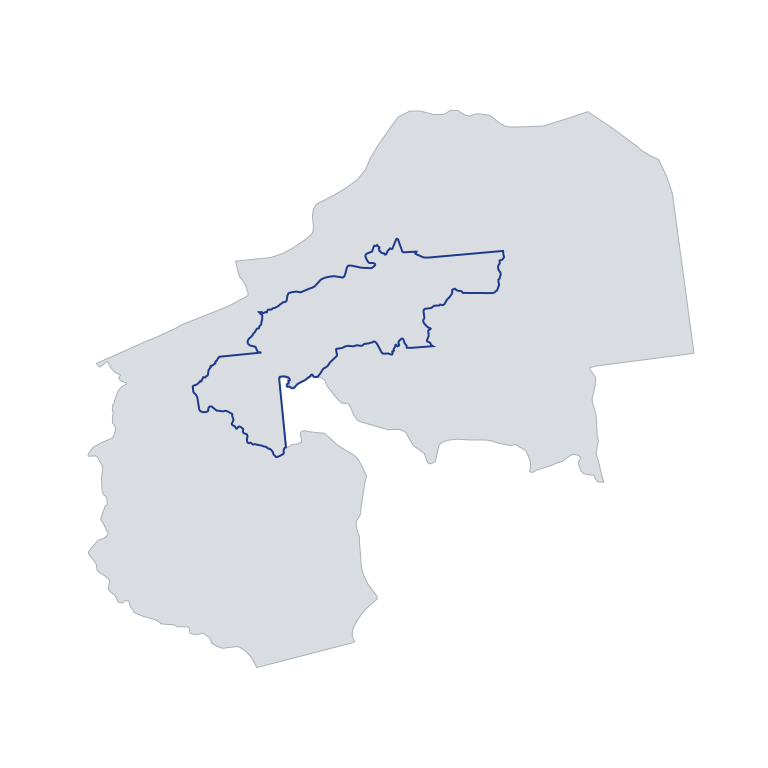 where Central sits in Zambia, rotated 174°
{"feature_id": "ZMB-516", "entity_name": "Central", "entity_type": "Province", "adm_level": 1, "iso_a3": "ZMB", "parent_name": "Zambia", "parent_adm1": "", "projection": "orthographic", "projection_center": [28.771, -13.872], "detail": "fine", "context": "in_parent", "style": "outline", "palette": "blue", "viewbox_px": 768, "rotation_deg": 174, "n_neighbors": 0, "source": "natural_earth", "source_scale": "10m", "svg_char_len": 9798}
<svg xmlns="http://www.w3.org/2000/svg" viewBox="0 0 768 768"><g transform="rotate(174 384 384)"><path d="M518.7,521.7L483.6,521.6L470.9,524.4L460.4,528.7L447.9,535.5L440.6,540.2L438.7,542.8L437.7,548.6L437.7,557.6L436.4,564.0L432.6,569.9L413.8,577.1L401.4,582.9L389.3,589.9L380.2,598.8L374.0,609.9L363.7,623.6L342.2,648.0L329.8,652.7L319.3,651.7L306.5,646.8L296.4,645.9L289.0,649.2L282.1,648.3L275.7,643.2L270.4,641.4L266.1,642.9L260.7,642.7L250.6,640.1L241.8,631.5L237.0,628.0L233.4,626.7L223.0,625.5L199.1,623.9L174.5,628.7L152.9,633.5L130.3,614.7L108.4,594.8L103.8,589.7L95.5,583.1L89.6,579.9L87.3,578.3L81.0,560.2L77.3,543.5L72.5,382.2L171.2,379.7L177.5,378.9L177.8,377.2L173.0,368.7L173.2,365.6L174.3,359.7L178.5,348.0L178.7,344.1L176.4,331.4L176.5,324.3L177.4,309.9L176.6,305.1L178.8,298.6L179.6,294.3L180.5,292.4L179.2,287.5L177.0,270.5L175.7,263.4L181.7,264.3L183.7,267.8L184.9,271.6L187.6,271.8L194.8,273.9L197.3,277.0L199.0,283.9L198.1,287.4L195.8,290.2L198.1,292.7L202.9,294.3L205.7,293.7L213.6,288.9L221.0,287.1L224.7,285.8L241.1,282.5L244.4,280.8L246.7,280.7L248.3,282.0L246.9,286.9L246.5,291.2L248.6,299.3L250.2,303.1L253.6,305.8L256.1,307.2L259.0,310.1L264.7,309.5L277.3,313.5L281.2,315.4L286.5,317.2L290.3,317.9L303.3,319.2L317.0,321.4L324.1,321.5L329.1,320.9L332.7,319.7L334.8,318.3L335.8,317.2L340.9,301.7L343.5,300.5L346.9,299.7L348.9,301.1L351.2,310.8L361.2,319.5L364.6,326.9L367.1,333.2L369.3,334.9L373.0,337.1L379.0,337.8L384.4,338.0L411.1,348.7L414.1,350.7L417.4,356.4L419.3,362.9L421.5,368.0L424.9,369.0L428.0,369.4L431.0,372.9L433.3,376.0L441.2,388.7L442.3,393.8L446.1,397.1L451.3,398.6L456.1,398.8L458.8,397.3L465.7,394.7L471.0,391.7L474.8,390.7L477.1,391.3L478.9,393.4L480.0,399.7L483.8,401.9L486.5,401.0L487.6,398.6L487.7,397.3L487.9,331.0L485.5,331.4L482.4,333.3L475.3,333.5L472.5,334.9L471.7,337.0L472.2,339.8L472.3,343.5L471.3,345.3L468.2,346.0L463.7,344.5L455.6,342.6L448.8,341.4L444.0,336.5L437.4,328.9L433.1,325.2L422.7,317.4L420.9,315.8L417.8,312.1L415.0,305.9L412.4,298.7L411.0,294.2L413.5,287.1L419.6,264.1L421.0,257.0L426.1,249.7L426.4,243.2L424.4,234.9L424.9,230.3L425.6,204.0L424.2,195.7L420.8,186.5L413.2,173.8L413.2,171.0L424.9,162.7L428.3,159.6L434.4,152.8L438.5,147.1L441.1,142.5L442.0,136.5L440.1,130.8L444.1,129.7L540.2,115.3L541.6,119.3L544.5,125.8L547.8,130.6L551.9,134.9L555.4,137.4L557.7,138.2L572.5,138.1L577.8,140.7L582.4,144.0L583.5,149.1L586.5,152.2L589.8,154.8L591.2,155.1L593.6,154.5L597.6,154.5L601.2,155.6L603.0,156.7L603.1,160.9L604.2,162.8L609.2,163.6L614.3,164.0L619.2,166.9L624.5,167.5L630.6,168.8L633.5,171.9L640.0,175.2L647.9,178.1L656.6,182.9L656.8,184.3L658.2,187.1L659.8,189.1L659.9,192.0L660.6,194.7L662.8,195.4L664.7,195.6L666.4,193.7L668.7,193.8L671.3,195.1L672.2,198.2L674.1,202.4L677.3,205.3L679.5,208.1L678.6,213.1L677.2,217.6L681.5,222.2L687.2,226.6L688.7,228.6L689.1,235.0L689.9,237.1L693.7,242.5L695.5,246.1L695.4,248.1L684.8,258.4L678.4,259.9L675.6,262.0L673.9,264.2L677.8,274.8L680.0,278.8L678.1,283.7L673.8,292.1L671.9,292.8L671.5,299.2L672.7,301.6L674.7,303.4L675.5,307.8L675.1,318.6L672.3,330.8L676.8,341.5L678.4,342.7L684.9,342.9L685.9,343.9L684.3,346.9L679.7,351.5L671.5,355.0L659.6,358.8L657.1,362.6L655.4,368.2L656.7,371.6L658.2,373.5L657.6,378.4L656.5,383.6L656.8,387.6L656.2,391.2L654.6,393.0L652.5,398.4L649.8,403.8L647.8,406.3L644.8,408.8L640.1,410.9L640.2,412.0L645.4,414.6L646.7,416.4L647.2,417.6L645.0,420.3L647.4,422.0L650.3,423.5L653.1,427.2L656.2,434.1L656.7,434.8L657.6,434.9L659.4,434.2L662.7,431.5L665.1,430.5L667.8,434.5L618.4,450.6L606.9,453.9L589.6,459.7L584.0,461.8L579.4,464.0L533.6,476.8L526.5,479.3L510.3,486.0L509.7,487.1L509.9,490.1L511.3,496.5L514.1,502.3L516.4,505.6L517.9,514.2L518.7,521.7Z" fill="#d9dde1" stroke="#a8b0b8" stroke-width="1"/><path d="M486.1,402.1L486.9,402.0L487.7,400.3L488.1,331.2L489.3,330.9L489.8,330.5L490.2,329.8L490.7,328.7L490.9,325.9L491.2,325.3L491.5,324.9L496.1,323.0L498.4,322.6L498.7,322.6L499.1,322.8L500.4,324.4L501.4,326.2L501.8,328.3L503.3,330.6L505.0,331.7L506.4,332.1L507.4,333.6L508.6,334.1L509.6,334.3L512.5,335.7L513.8,336.0L515.1,336.6L516.4,336.7L518.1,337.5L518.9,337.7L519.9,337.5L520.8,337.6L521.4,338.1L521.9,339.0L522.7,339.5L523.1,339.6L524.6,339.3L525.1,339.4L525.7,339.9L526.1,340.9L526.1,343.8L525.9,344.4L525.3,345.7L525.3,347.3L525.4,347.9L526.0,348.4L528.6,349.8L529.1,350.5L529.3,351.7L528.8,353.2L528.8,354.1L529.8,355.1L531.3,356.4L532.5,356.9L533.7,356.3L534.8,355.1L535.3,354.9L535.8,355.3L536.5,357.0L536.9,357.5L537.9,358.3L538.9,358.8L539.3,359.3L539.5,359.8L539.5,360.6L539.2,361.1L538.2,362.4L537.4,364.3L538.3,368.0L538.1,369.6L538.2,370.0L538.6,370.4L541.8,372.7L543.9,373.8L544.8,373.9L546.9,373.6L550.1,374.3L551.5,374.8L552.9,374.9L553.6,375.4L557.5,379.3L558.2,379.8L559.6,379.8L560.3,379.5L560.8,378.8L561.4,377.6L561.6,375.8L562.0,375.4L563.5,374.8L566.2,374.8L566.9,374.9L569.0,375.9L569.7,376.5L569.9,376.7L570.2,377.4L570.4,378.3L571.1,390.2L571.4,391.3L572.4,393.3L574.3,395.5L574.5,397.0L574.4,401.6L573.2,402.4L570.7,402.9L569.5,403.6L567.3,405.2L566.6,406.0L566.2,405.7L565.7,405.6L565.3,405.7L564.9,406.9L563.9,408.1L563.3,409.5L562.6,409.6L561.3,409.2L560.8,409.4L560.1,410.2L558.7,410.8L558.0,411.9L557.1,415.8L556.7,416.6L554.4,419.0L554.7,419.8L554.1,420.2L552.6,420.4L550.6,421.7L549.9,421.9L549.4,422.3L549.5,423.2L549.2,424.1L548.0,424.5L547.1,426.0L545.9,427.2L545.6,427.9L545.1,428.1L544.6,428.3L503.5,428.1L503.5,428.3L504.0,428.5L505.9,428.9L506.2,429.2L507.9,434.1L508.1,434.4L509.8,435.2L512.3,435.9L513.1,436.3L514.5,437.6L515.1,438.8L515.3,439.7L515.2,440.5L514.9,441.2L513.7,443.2L513.1,443.6L511.7,444.4L510.5,445.5L509.8,445.9L509.1,447.3L507.2,449.0L504.7,452.2L504.2,452.4L503.2,452.3L502.6,452.5L502.2,453.3L501.9,454.5L501.6,454.8L500.6,455.4L500.0,456.0L499.7,456.9L499.5,458.1L499.2,459.1L498.6,460.2L498.2,462.2L497.9,465.0L498.2,465.5L499.3,466.5L500.8,468.5L498.1,468.3L497.7,468.0L497.2,467.4L496.6,467.2L495.9,467.3L495.1,467.7L494.1,468.0L493.3,467.5L493.1,467.5L492.8,467.9L492.3,469.2L492.0,469.7L491.6,469.8L490.4,470.1L488.6,469.8L488.2,469.8L486.6,471.0L484.8,471.0L480.6,472.7L479.6,473.6L476.4,475.4L475.7,475.9L473.7,475.9L472.8,476.3L472.1,477.4L471.8,478.1L471.0,481.6L469.5,484.3L466.1,484.9L461.7,485.1L457.3,483.9L448.0,486.7L445.3,487.3L442.5,488.5L435.9,494.4L431.8,495.9L427.1,496.4L422.5,496.5L413.9,494.2L412.3,495.1L410.6,498.5L409.3,502.4L407.9,504.9L406.3,505.5L403.2,504.9L394.3,502.0L385.3,500.6L384.0,500.7L383.5,500.9L380.8,502.7L380.4,503.3L380.3,503.9L380.6,504.7L381.4,505.1L382.6,505.5L385.4,505.8L386.2,506.1L386.9,506.8L388.2,509.5L389.0,511.9L389.1,513.7L389.0,514.0L388.6,514.6L387.6,515.4L382.0,517.0L379.8,521.8L379.1,522.6L378.2,522.2L377.3,522.2L376.4,522.9L375.5,521.6L374.3,520.3L374.3,519.9L375.0,519.2L374.7,518.5L374.7,516.8L374.5,516.6L373.7,516.3L373.5,516.1L373.3,515.2L372.9,514.7L370.0,513.7L369.8,513.5L369.9,513.0L369.8,512.7L369.5,512.6L368.7,512.6L368.1,513.0L367.8,514.0L367.2,514.4L367.0,514.6L366.8,515.5L366.5,516.0L365.3,517.0L364.5,517.3L364.2,518.1L363.6,518.2L362.8,517.8L361.8,517.5L361.6,517.5L356.8,526.6L355.9,527.1L355.4,526.3L354.8,526.2L354.8,525.5L351.9,513.7L350.6,512.9L338.3,512.3L337.8,512.2L338.0,511.8L339.2,510.7L339.3,510.4L338.7,509.9L331.7,505.9L329.6,505.4L326.5,505.1L251.7,503.9L251.7,500.1L251.4,498.1L251.5,497.3L253.8,495.0L254.3,494.9L255.7,495.0L256.1,494.7L256.3,494.0L256.2,491.9L257.2,490.8L257.9,489.7L258.4,488.5L258.3,485.9L256.7,482.8L256.5,481.8L256.5,480.7L256.8,479.8L257.5,478.7L257.9,476.9L258.2,476.5L259.3,475.9L259.4,475.7L259.5,473.0L259.2,471.9L259.1,471.0L259.3,470.2L259.9,469.2L260.7,467.2L261.6,465.7L262.1,465.1L262.9,464.7L264.8,463.3L266.7,463.1L295.9,466.3L296.4,466.9L297.2,468.1L298.6,468.6L300.0,468.8L302.3,469.9L303.4,471.3L304.0,471.4L306.3,470.5L306.6,467.6L307.2,466.5L309.4,463.9L312.7,461.2L314.9,457.9L315.3,457.3L316.0,456.8L316.8,456.4L317.7,456.3L319.3,457.0L319.9,457.1L320.2,456.9L320.6,456.4L321.2,456.3L325.5,456.6L326.5,456.3L328.4,455.0L329.2,454.7L335.7,454.4L336.5,453.6L336.8,453.3L337.1,452.4L336.9,445.8L337.2,445.1L338.3,443.4L338.4,442.4L338.3,441.2L337.4,439.5L334.8,436.2L334.1,435.6L332.1,434.5L331.8,434.1L332.1,433.7L333.6,433.1L334.4,432.5L334.5,432.0L334.4,428.5L334.6,427.1L335.1,425.9L336.1,424.3L336.7,423.2L336.8,422.2L336.6,421.8L335.0,421.0L334.3,420.5L333.6,419.7L333.2,418.3L332.9,417.9L332.2,417.1L331.4,416.5L353.0,417.1L357.6,417.7L357.5,419.2L357.9,420.5L359.2,422.2L360.1,426.3L360.6,426.9L361.4,427.4L362.3,427.0L363.7,426.0L364.9,424.6L365.4,423.2L365.0,422.1L364.9,421.3L365.2,420.6L365.7,420.3L366.4,420.1L367.0,420.3L367.3,421.2L368.0,421.8L368.3,421.9L368.6,421.6L368.7,420.4L370.4,418.2L370.8,417.4L370.9,417.0L370.6,416.4L370.8,415.9L371.2,415.6L372.3,415.5L372.4,414.8L372.2,414.1L372.2,413.4L373.0,412.5L374.2,412.7L375.4,413.4L376.6,413.9L381.1,414.2L382.1,414.5L382.9,415.3L386.5,424.1L387.0,425.2L387.7,426.1L388.7,427.0L389.3,427.3L390.1,427.3L391.0,426.7L391.8,426.5L393.2,426.5L394.9,426.0L397.9,426.0L399.7,425.7L400.3,425.5L401.3,424.6L402.4,424.3L403.2,424.4L407.2,425.4L409.7,424.8L411.4,424.8L415.4,425.7L418.8,425.4L419.4,425.2L420.9,424.5L423.0,424.1L427.3,424.0L427.8,423.8L428.1,423.5L427.7,417.4L427.9,416.9L435.7,410.9L437.0,409.1L438.5,407.6L440.4,406.5L442.5,405.7L442.9,405.4L446.3,401.1L448.4,399.0L448.8,398.2L451.8,398.0L453.0,398.6L454.3,400.7L455.1,400.9L455.7,400.6L456.7,399.3L458.7,398.4L461.7,396.3L469.3,393.4L470.4,392.8L473.4,389.8L474.7,389.3L475.9,389.4L476.9,389.9L478.8,391.4L479.5,391.4L480.3,391.3L480.8,391.9L480.9,392.4L480.9,393.0L480.4,394.0L480.0,394.3L479.0,394.5L478.7,394.9L478.6,397.0L477.8,397.2L477.3,397.5L477.3,398.3L477.5,398.9L478.2,400.1L478.6,400.6L479.4,401.0L480.6,401.5L482.7,402.1L486.1,402.1Z" fill="none" stroke="#1e3a8a" stroke-width="2"/></g></svg>